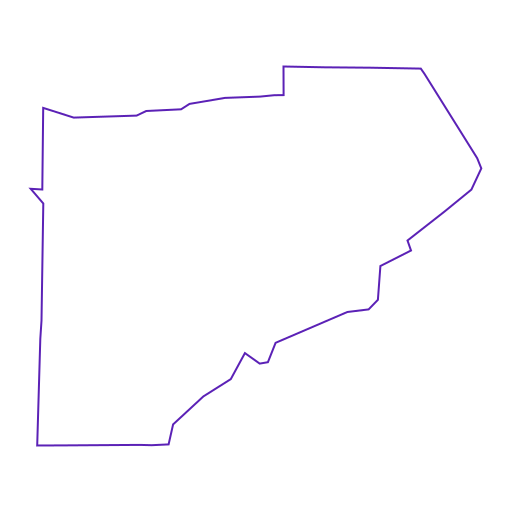 Douglas, Georgia, United States of America (orthographic projection)
{"feature_id": "52423323B77615738086539", "entity_name": "Douglas", "entity_type": "district", "adm_level": 2, "iso_a3": "USA", "parent_name": "United States of America", "parent_adm1": "Georgia", "projection": "orthographic", "projection_center": [-84.755, 33.69], "detail": "fine", "context": "isolated", "style": "outline", "palette": "violet", "viewbox_px": 512, "rotation_deg": 0, "n_neighbors": 0, "source": "geoboundaries", "source_scale": "gbopen_adm2", "svg_char_len": 625}
<svg xmlns="http://www.w3.org/2000/svg" viewBox="0 0 512 512"><path d="M168.6,444.4L173.1,424.4L203.4,396.4L230.8,379.1L244.9,353.1L259.7,363.6L267.9,362.2L275.6,342.8L347.3,312.0L368.6,309.4L377.9,299.8L380.4,266.0L411.0,250.5L407.5,240.5L444.7,211.4L471.4,189.6L481.3,168.4L477.2,158.2L424.5,73.9L420.8,68.6L370.6,67.7L324.3,67.3L283.5,66.5L283.6,95.1L274.3,95.2L260.1,96.6L224.9,97.9L189.5,103.9L181.1,109.3L146.2,111.0L136.6,115.6L73.7,117.6L43.2,107.9L42.3,189.5L30.7,188.8L43.3,203.5L41.5,320.7L40.3,338.9L37.2,445.5L62.9,445.4L140.0,444.9L151.7,445.2L168.6,444.4Z" fill="none" stroke="#5b21b6" stroke-width="2"/></svg>